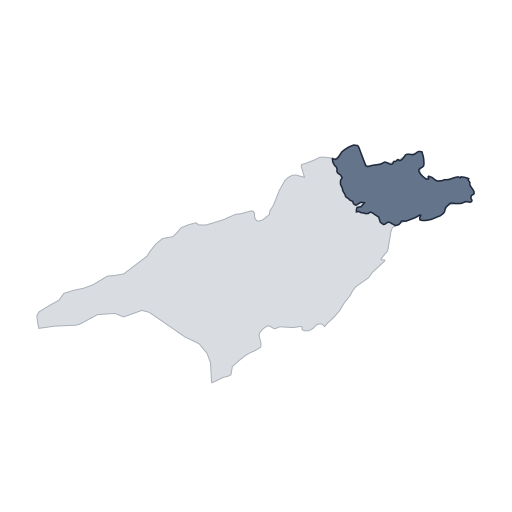 where Kakheti sits in Georgia, rotated 318°
{"feature_id": "GEO-3033", "entity_name": "Kakheti", "entity_type": "Region", "adm_level": 1, "iso_a3": "GEO", "parent_name": "Georgia", "parent_adm1": "", "projection": "equal_earth", "projection_center": [45.882, 41.802], "detail": "fine", "context": "in_parent", "style": "filled", "palette": "slate", "viewbox_px": 512, "rotation_deg": 318, "n_neighbors": 0, "source": "natural_earth", "source_scale": "10m", "svg_char_len": 4457}
<svg xmlns="http://www.w3.org/2000/svg" viewBox="0 0 512 512"><g transform="rotate(318 256 256)"><path d="M259.7,354.4L259.8,352.9L259.3,350.4L257.4,348.7L254.7,347.6L249.6,348.0L245.0,346.8L241.7,343.7L241.0,341.4L242.9,339.5L241.5,337.9L235.8,334.1L226.4,324.6L221.0,322.5L219.0,316.6L216.9,315.4L212.4,314.8L207.6,315.4L206.5,316.1L205.1,317.0L201.2,324.4L198.5,326.9L192.1,325.7L186.8,324.0L182.5,323.0L174.0,322.4L164.5,322.3L157.9,327.5L155.1,326.8L150.3,324.2L142.4,322.1L138.2,320.5L150.7,304.9L154.5,295.7L154.7,290.1L155.0,283.1L149.0,268.5L144.1,247.9L139.0,226.5L134.8,220.1L116.8,212.7L112.8,204.3L99.0,193.5L79.6,188.8L75.7,186.8L59.2,173.2L46.2,164.5L49.2,159.2L53.2,153.7L57.3,152.3L69.2,154.5L80.1,157.0L88.2,155.2L97.7,159.6L106.3,164.6L115.0,168.2L132.1,171.5L138.4,176.2L145.8,180.8L175.0,183.2L177.4,182.4L179.6,181.8L189.4,180.1L198.1,180.4L207.2,186.0L213.1,185.7L219.4,184.9L227.4,187.9L233.7,191.2L234.2,194.6L239.7,199.6L255.8,207.1L268.9,211.4L272.9,214.4L282.8,219.3L283.8,220.9L283.6,222.9L280.7,226.7L280.0,230.0L281.3,231.9L285.4,233.7L293.7,234.1L296.6,231.7L302.8,230.0L308.9,227.0L317.1,222.9L328.2,219.2L332.6,219.2L336.8,220.3L339.8,222.4L344.7,230.0L349.7,219.4L351.0,218.6L355.6,220.7L363.6,223.7L369.1,225.2L372.1,227.4L380.6,237.1L394.3,236.6L400.2,238.1L403.3,239.7L404.7,241.6L402.2,251.3L398.8,261.3L399.1,263.8L404.6,267.6L412.1,271.6L416.2,274.8L418.9,277.7L424.8,279.9L431.9,281.3L435.2,281.5L438.7,283.9L447.7,288.5L448.9,289.6L447.4,292.6L443.8,297.9L440.9,300.7L437.7,301.1L434.5,302.3L433.4,305.2L433.3,308.9L433.8,311.6L434.7,312.6L437.9,313.5L441.1,321.3L446.1,325.2L454.0,329.7L461.0,334.8L464.4,339.5L463.7,343.0L461.5,350.1L455.7,356.0L450.8,357.5L449.1,356.9L446.0,355.1L439.6,350.5L432.6,346.9L427.3,348.1L423.8,349.5L416.9,347.8L408.7,344.7L404.5,341.6L402.6,339.4L403.8,335.3L385.3,328.1L376.4,326.1L372.4,328.3L358.7,339.2L357.0,340.3L346.6,341.8L346.6,342.7L349.0,345.1L348.5,345.8L331.0,346.1L325.2,347.5L309.7,345.6L304.5,346.5L300.1,348.2L289.5,350.1L282.1,352.5L272.7,353.7L263.0,353.8L259.7,354.4Z" fill="#d9dde1" stroke="#a8b0b8" stroke-width="1"/><path d="M378.0,234.7L378.6,236.1L379.3,237.1L381.4,237.9L384.0,237.6L389.1,236.1L392.7,236.2L398.0,237.1L402.9,238.9L405.4,241.9L405.4,242.0L405.2,243.9L398.0,262.2L398.6,264.1L400.5,265.3L403.0,266.4L409.9,271.1L414.3,272.2L415.2,273.1L417.0,277.4L417.7,278.3L418.5,278.7L419.7,278.8L420.1,278.6L421.0,278.0L421.5,277.9L421.9,278.1L423.0,279.0L423.5,279.3L424.6,279.2L425.5,279.0L426.1,279.4L426.5,281.2L428.0,281.9L430.0,281.9L433.7,281.2L434.2,281.0L434.8,281.0L435.3,281.0L435.9,281.2L437.6,282.5L440.3,285.7L442.1,286.5L445.9,286.8L447.4,287.6L449.0,289.7L446.6,294.5L445.2,296.6L442.5,299.9L441.6,300.7L440.6,301.2L439.3,301.3L436.3,300.6L434.9,300.8L433.7,302.1L433.1,304.9L433.2,309.1L434.0,312.8L435.7,314.2L436.2,313.7L436.6,313.0L437.0,312.3L437.8,312.3L438.0,312.8L439.4,315.4L439.5,316.0L440.0,319.2L440.6,321.0L441.7,322.4L445.0,324.7L445.7,325.0L447.0,325.3L450.0,328.0L456.1,330.6L459.2,332.4L460.2,334.7L461.2,334.3L461.7,334.6L462.2,335.4L463.4,336.7L465.4,339.8L465.8,341.0L465.6,341.1L465.1,341.0L464.5,341.6L464.4,342.3L464.3,343.7L464.2,344.3L463.8,344.8L463.0,345.6L462.6,346.1L462.0,348.3L461.7,351.2L461.2,353.8L460.8,354.3L460.0,355.5L458.7,355.7L457.5,355.4L456.3,355.3L454.9,356.1L454.2,357.4L453.9,358.8L453.3,359.6L451.9,359.7L450.8,359.0L449.0,356.6L448.0,355.7L444.2,354.5L442.9,353.7L439.2,350.4L437.3,348.1L436.3,347.1L435.2,346.7L430.4,346.8L429.0,347.1L427.4,348.1L425.7,349.2L424.5,349.6L422.9,349.7L419.9,349.4L410.5,346.0L407.3,344.1L406.1,343.3L403.5,341.1L402.0,338.8L403.4,337.0L404.8,336.5L405.7,336.0L405.6,335.5L404.2,334.9L400.1,334.1L391.0,330.6L388.9,328.7L388.0,327.7L387.1,327.5L385.0,328.1L383.7,328.2L382.7,328.1L379.7,326.5L379.5,325.1L379.1,324.0L378.6,323.0L378.1,321.0L377.0,319.3L375.0,318.8L373.0,318.6L371.8,317.9L371.4,316.3L371.0,314.0L373.2,309.1L372.0,304.7L371.5,302.1L370.4,299.8L368.0,299.6L366.0,298.1L364.6,295.9L363.0,294.0L362.1,291.6L360.1,290.4L361.8,288.6L363.7,287.5L367.1,289.7L372.2,289.0L370.0,286.3L366.9,285.6L365.4,285.4L364.0,284.9L363.4,282.4L364.4,280.1L363.2,277.5L363.1,275.2L362.3,272.0L363.2,270.1L364.2,265.4L365.4,263.6L366.7,259.4L368.2,257.5L369.9,256.1L371.2,255.9L372.4,255.5L373.0,252.3L372.2,249.0L372.8,247.1L374.2,245.9L375.2,243.8L375.0,241.3L375.9,237.6L377.9,234.7L378.0,234.7Z" fill="#64748b" stroke="#1e293b" stroke-width="1.5"/></g></svg>